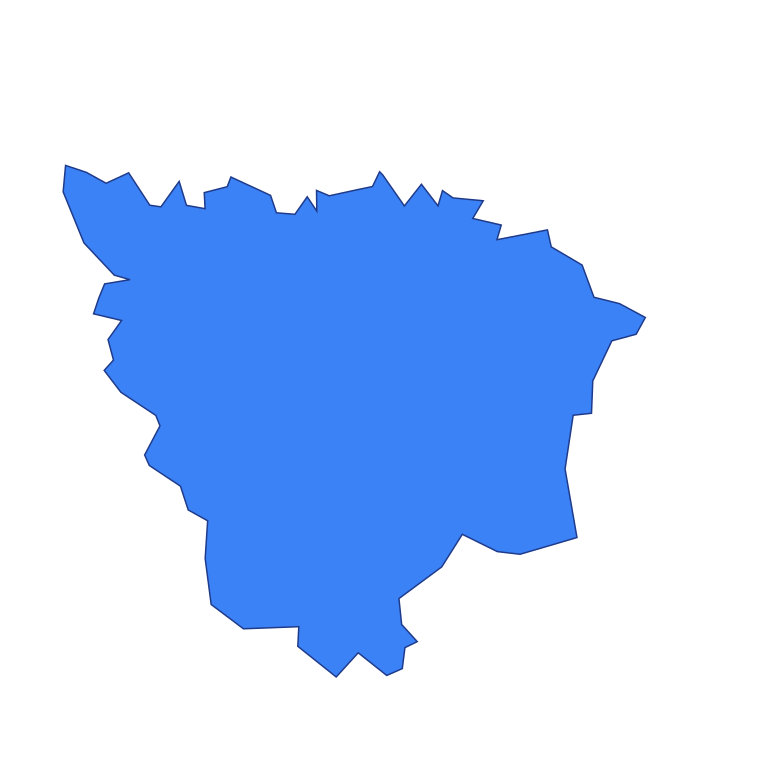 Laurel, Kentucky, United States of America, rotated 77°
{"feature_id": "52423323B31259142066888", "entity_name": "Laurel", "entity_type": "district", "adm_level": 2, "iso_a3": "USA", "parent_name": "United States of America", "parent_adm1": "Kentucky", "projection": "robinson", "projection_center": [-84.158, 37.138], "detail": "fine", "context": "isolated", "style": "filled", "palette": "blue", "viewbox_px": 768, "rotation_deg": 77, "n_neighbors": 0, "source": "geoboundaries", "source_scale": "gbopen_adm2", "svg_char_len": 1153}
<svg xmlns="http://www.w3.org/2000/svg" viewBox="0 0 768 768"><g transform="rotate(77 384 384)"><path d="M410.6,631.0L437.8,605.3L462.7,603.1L477.6,586.6L513.8,597.5L560.0,602.0L590.9,576.0L601.3,521.6L620.2,527.0L658.7,496.5L640.1,469.6L668.6,446.9L665.4,430.2L645.6,422.9L642.5,409.6L622.3,420.9L596.4,417.7L575.2,368.9L548.1,341.5L572.8,311.3L580.5,289.7L577.0,230.5L507.5,226.7L457.0,206.7L459.2,188.4L428.0,179.9L393.2,152.3L392.2,127.1L378.0,114.4L358.7,136.4L346.7,159.9L312.7,164.2L288.0,190.2L270.6,190.1L268.8,241.5L255.5,234.0L242.7,260.3L227.8,246.1L218.2,274.9L208.7,283.5L222.6,291.3L197.8,302.6L215.1,324.1L180.0,338.2L176.2,340.5L189.0,350.8L188.7,364.8L188.3,395.0L180.2,406.2L200.4,410.6L184.3,416.7L198.6,432.6L193.0,450.3L174.7,452.1L147.9,486.6L156.5,492.4L157.1,516.1L172.9,518.9L165.5,536.3L140.5,538.0L161.2,561.5L157.1,572.0L120.8,585.3L125.9,609.6L110.9,626.3L99.4,645.1L124.6,653.4L179.1,644.6L217.3,622.3L225.2,608.0L223.6,633.7L236.5,642.8L250.3,651.2L263.1,625.4L278.6,642.9L299.8,642.2L307.8,653.6L332.9,642.2L363.3,613.4L374.4,611.7L399.3,633.2L410.6,631.0Z" fill="#3b82f6" stroke="#1e3a8a" stroke-width="1.5"/></g></svg>